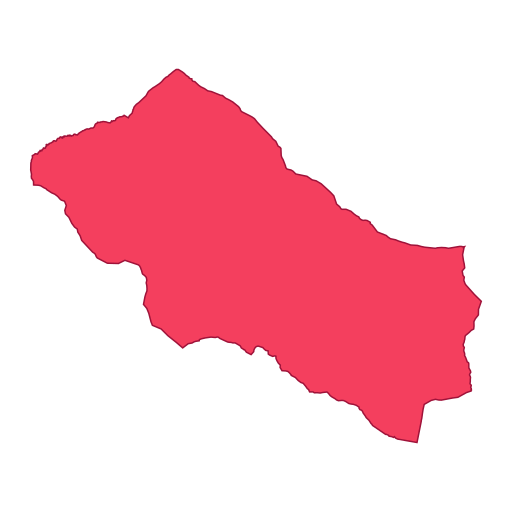 Sadova, Suceava, Romania (Natural Earth projection)
{"feature_id": "2599482B46935442887151", "entity_name": "Sadova", "entity_type": "district", "adm_level": 2, "iso_a3": "ROU", "parent_name": "Romania", "parent_adm1": "Suceava", "projection": "natural_earth1", "projection_center": [25.431, 47.58], "detail": "fine", "context": "isolated", "style": "filled", "palette": "rose", "viewbox_px": 512, "rotation_deg": 0, "n_neighbors": 0, "source": "geoboundaries", "source_scale": "gbopen_adm2", "svg_char_len": 5950}
<svg xmlns="http://www.w3.org/2000/svg" viewBox="0 0 512 512"><path d="M464.6,246.6L462.8,246.9L462.3,246.6L461.1,246.4L459.7,246.4L448.5,248.3L445.4,247.7L441.4,247.5L437.3,247.8L435.4,248.3L424.7,247.2L421.3,246.5L417.4,245.4L410.7,245.0L404.9,242.9L402.1,242.2L398.2,240.9L395.6,239.8L390.4,238.7L387.8,236.9L386.3,235.5L377.4,232.0L372.2,225.1L370.2,223.6L370.3,222.3L367.1,220.5L365.2,220.2L363.0,220.4L361.2,219.7L359.5,218.4L358.8,216.9L356.3,215.7L353.9,213.9L351.0,211.3L346.1,209.3L341.9,209.3L340.9,208.7L339.7,206.7L336.6,204.1L333.8,195.8L330.5,192.3L321.2,183.8L316.1,180.8L312.2,179.9L307.0,176.3L295.8,174.0L293.0,171.2L291.0,170.0L287.1,169.1L285.8,167.6L285.5,166.0L283.1,159.7L281.7,157.3L281.2,155.4L280.9,148.4L280.0,147.3L278.1,146.1L275.8,141.3L272.5,138.6L271.5,136.9L262.9,128.2L257.2,122.1L254.5,118.7L252.1,117.0L249.5,115.6L241.9,111.8L240.7,110.6L240.0,108.6L238.6,106.7L232.8,102.0L228.6,99.6L225.6,98.2L222.5,95.5L220.4,95.2L211.5,91.6L207.7,90.8L204.5,88.6L200.8,86.8L198.7,85.3L194.8,81.6L193.0,81.3L192.0,80.3L191.8,78.8L190.5,78.7L189.2,78.1L189.0,77.3L185.6,74.9L184.5,73.6L182.3,71.9L178.4,69.5L176.2,69.5L173.4,71.5L170.4,74.1L169.2,74.9L168.4,75.9L167.7,76.5L166.1,77.2L164.0,79.0L161.6,81.8L159.5,83.6L154.3,87.1L153.4,87.5L148.8,91.1L148.1,92.0L146.0,95.8L138.8,102.6L136.4,104.3L134.3,106.7L133.8,107.8L133.4,109.2L132.9,109.9L132.9,110.8L132.5,111.7L132.1,113.2L129.5,115.6L128.3,117.8L124.1,115.3L123.5,116.1L122.6,116.2L122.2,116.6L119.4,116.9L118.5,117.5L117.3,117.7L117.1,118.1L116.2,118.6L115.9,119.0L115.5,120.3L114.8,120.7L113.3,120.7L112.2,121.5L111.9,121.3L111.9,121.0L111.6,120.9L111.0,122.1L110.5,122.4L110.1,122.9L107.6,122.5L107.0,122.2L106.0,121.9L103.0,121.5L102.3,121.8L100.5,122.0L100.0,122.5L99.2,122.3L98.5,122.5L97.7,122.2L97.5,122.3L97.1,123.2L95.9,123.7L95.2,124.4L94.3,126.8L93.1,127.9L92.4,128.1L91.0,128.0L88.7,129.1L87.7,128.9L86.2,129.1L85.2,129.9L84.6,129.9L83.8,130.6L82.6,130.8L81.4,131.8L80.7,132.0L79.8,132.7L79.0,133.1L78.7,133.7L78.1,134.0L77.5,134.9L76.9,134.9L76.3,134.7L75.6,134.7L75.1,134.2L74.8,134.1L73.6,134.5L73.2,135.5L72.2,135.7L71.4,136.1L71.2,136.0L70.9,135.5L69.8,135.1L69.6,135.2L69.6,135.9L68.8,135.7L68.2,135.3L67.8,135.4L67.7,136.1L67.1,136.1L66.0,136.3L65.1,136.0L64.8,136.1L64.1,136.0L63.9,136.2L64.0,136.9L62.7,136.9L62.5,137.4L62.7,137.9L62.3,138.1L62.0,138.0L61.5,137.1L60.3,136.9L59.8,137.4L59.6,138.0L59.3,138.4L58.1,138.3L57.3,139.1L57.0,139.3L56.9,140.0L56.4,140.4L56.2,141.0L55.9,141.2L55.4,141.2L54.4,140.7L53.6,140.8L53.2,141.1L53.1,141.7L52.5,141.9L52.0,142.4L50.8,143.0L49.2,143.5L49.0,144.2L48.2,144.3L48.0,144.5L47.9,145.0L47.5,145.0L46.8,144.5L46.4,144.5L46.1,145.0L46.4,145.9L46.4,146.5L45.5,147.0L45.4,148.1L44.9,148.3L44.4,148.3L43.8,147.9L43.4,148.1L43.2,148.9L42.1,149.6L42.0,150.5L41.8,150.8L40.4,150.4L40.0,150.5L40.1,151.4L38.5,152.2L37.6,154.1L37.2,154.2L36.3,153.8L35.1,153.7L34.7,154.4L32.9,155.3L32.2,155.9L32.5,156.8L32.3,158.2L31.4,160.3L31.4,161.6L30.9,162.9L30.7,169.9L31.5,174.2L31.3,176.4L31.5,178.3L32.5,179.5L33.5,181.4L33.6,185.0L38.2,185.2L40.6,185.7L44.0,187.8L45.6,188.5L46.1,188.8L46.7,189.6L51.6,192.8L54.8,194.2L57.7,196.4L60.2,199.3L61.3,200.1L64.3,201.1L64.8,201.8L66.3,205.6L64.8,210.3L65.5,213.8L68.9,217.3L71.8,223.3L74.5,227.0L77.3,229.1L77.8,232.1L80.1,235.7L81.7,240.4L92.6,252.1L94.0,253.0L95.3,254.2L96.3,256.7L97.3,258.0L107.3,263.2L118.4,263.5L124.9,260.3L138.5,264.9L139.7,266.1L140.7,268.1L140.9,268.9L141.5,270.3L142.3,273.4L142.7,274.1L144.8,275.7L146.3,277.4L146.8,280.2L146.2,282.9L146.8,285.5L147.0,288.7L146.9,291.0L145.8,293.8L144.9,297.0L143.5,304.4L146.8,308.4L148.8,313.3L151.0,321.8L152.4,325.3L161.2,329.0L167.9,335.7L176.3,342.4L182.7,347.9L188.2,343.7L192.1,343.0L194.2,341.8L195.8,341.3L199.2,340.8L199.4,339.6L201.5,338.8L205.3,337.9L211.0,337.1L215.3,337.5L217.2,337.0L218.3,337.2L220.0,338.5L227.6,342.0L229.4,342.3L231.1,342.4L232.8,342.9L234.8,342.9L235.3,343.0L240.2,345.8L241.4,348.0L243.0,348.9L243.3,349.3L243.9,349.7L244.5,349.7L244.8,350.0L246.4,352.2L251.1,354.6L253.7,351.7L253.9,350.0L254.8,348.1L256.1,346.7L257.1,346.3L258.3,346.1L263.0,347.6L263.4,348.3L265.7,350.4L268.1,350.9L268.3,354.1L269.7,355.1L272.7,356.4L274.6,355.9L275.9,356.2L276.0,358.5L277.0,360.8L278.4,363.2L280.3,365.1L280.1,367.5L282.0,370.7L285.6,370.9L287.8,371.4L289.3,372.7L291.2,374.9L291.2,375.4L295.4,377.5L298.2,380.5L300.9,382.5L303.2,383.3L305.7,386.3L307.3,388.6L308.6,389.6L309.6,391.9L313.0,391.9L314.3,392.8L317.1,392.7L320.3,393.0L322.7,392.5L326.9,392.0L328.2,393.1L330.2,395.6L331.9,396.9L335.2,398.8L336.5,399.9L338.4,400.7L342.1,400.4L343.8,400.6L345.9,401.6L348.8,403.5L350.9,404.0L353.3,404.3L356.3,405.3L359.0,407.1L359.1,408.4L359.9,409.6L361.2,410.1L361.8,410.4L362.6,411.6L363.2,413.1L365.3,416.0L366.2,417.6L369.0,420.3L371.1,423.6L371.6,423.9L372.6,425.5L385.6,434.4L386.2,434.3L387.9,435.0L388.7,435.5L389.0,436.2L391.6,436.6L393.6,437.4L394.4,436.7L395.6,438.1L397.7,439.1L417.0,442.5L421.2,421.5L421.3,420.4L421.8,418.2L422.4,413.7L423.1,409.2L424.2,404.4L431.2,400.4L435.5,399.3L438.6,400.0L441.4,400.1L452.6,398.0L457.9,397.3L466.4,392.6L471.1,391.0L471.1,389.9L471.4,389.9L471.3,388.7L470.7,387.2L471.2,385.9L471.2,385.2L470.1,383.9L470.0,383.4L470.3,381.6L470.3,379.3L470.5,377.5L470.2,376.2L469.7,375.5L469.5,374.8L470.0,373.4L470.7,372.5L470.7,372.0L470.4,370.7L468.9,368.1L468.8,366.2L468.8,364.3L468.7,363.2L468.4,362.6L467.3,362.0L465.5,357.2L464.6,355.6L464.7,354.1L464.5,353.0L463.8,351.1L463.8,349.7L464.3,347.6L464.0,346.9L463.4,346.2L463.2,344.3L464.2,341.9L464.3,340.8L464.7,339.7L464.9,338.0L465.0,336.6L465.5,335.5L469.0,332.6L471.2,330.4L473.7,329.0L474.0,326.1L473.9,321.7L475.3,318.8L478.4,314.9L478.5,309.3L481.3,301.3L474.4,294.5L465.9,285.0L465.0,283.6L463.8,280.2L464.3,277.1L463.0,275.4L462.2,271.0L464.7,267.9L464.2,263.9L463.5,260.9L462.6,254.8L463.9,248.3L463.6,248.1L464.6,246.6Z" fill="#f43f5e" stroke="#9f1239" stroke-width="1.5"/></svg>